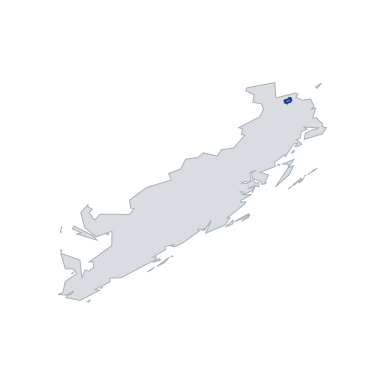 Russia, with Orel highlighted, rotated 145°
{"feature_id": "RUS-2366", "entity_name": "Orel", "entity_type": "Region", "adm_level": 1, "iso_a3": "RUS", "parent_name": "Russia", "parent_adm1": "", "projection": "natural_earth1", "projection_center": [36.297, 52.785], "detail": "fine", "context": "in_parent", "style": "filled", "palette": "blue", "viewbox_px": 384, "rotation_deg": 145, "n_neighbors": 0, "source": "natural_earth", "source_scale": "10m", "svg_char_len": 5247}
<svg xmlns="http://www.w3.org/2000/svg" viewBox="0 0 384 384"><g transform="rotate(145 192 192)"><path d="M294.8,239.0L284.5,241.4L285.8,239.4L283.5,235.0L288.2,234.2L288.0,224.9L280.1,226.5L256.0,209.5L249.1,211.7L251.4,214.0L247.8,221.2L226.7,221.8L202.0,213.6L200.5,220.5L188.2,217.3L178.2,222.5L167.6,216.9L160.1,217.5L150.8,206.9L143.7,209.8L132.8,204.2L116.2,208.2L118.5,211.1L114.3,214.2L116.7,217.8L93.4,214.8L86.0,218.7L84.5,224.4L90.8,230.7L85.2,235.9L89.9,244.0L87.5,245.9L61.4,234.2L69.3,221.0L50.3,213.7L49.3,211.0L52.5,209.9L48.7,203.7L41.6,200.1L42.9,191.9L47.5,191.5L42.5,189.9L50.6,183.4L47.5,181.2L46.0,172.8L47.9,170.8L44.9,167.6L52.1,164.9L70.0,170.7L65.4,175.0L56.9,173.7L53.8,172.3L51.7,172.1L63.0,181.0L61.8,177.4L67.7,178.9L72.6,173.8L76.5,175.1L74.6,168.2L79.7,168.7L81.4,170.3L77.9,171.5L81.2,173.1L95.3,167.4L94.5,169.3L107.3,169.0L109.0,165.2L124.9,169.0L119.6,162.1L127.9,157.5L130.6,158.1L129.6,161.1L134.9,168.7L132.0,173.4L126.8,173.1L133.3,174.5L137.7,167.7L140.3,167.4L142.6,170.5L146.2,171.0L142.7,167.6L134.8,166.9L135.0,163.3L131.9,161.2L134.2,157.8L137.2,161.6L142.5,162.5L143.8,162.4L137.3,160.0L141.7,158.8L151.1,160.5L150.3,163.3L152.5,164.6L152.0,160.6L144.7,155.9L156.7,157.0L157.7,155.3L153.6,153.3L155.3,152.1L177.9,150.6L175.7,149.0L183.6,146.1L204.3,150.3L192.4,157.9L200.4,154.8L205.8,155.1L207.6,157.7L208.2,158.2L208.9,158.2L208.3,155.9L227.9,155.5L237.7,157.0L239.8,159.6L236.2,158.8L245.5,162.9L246.6,160.0L261.6,161.1L258.3,159.0L260.4,157.6L299.1,162.4L308.8,168.6L310.7,165.5L327.4,167.8L324.1,164.5L345.7,167.4L355.7,177.6L353.8,178.9L349.2,177.6L345.4,178.6L353.8,179.5L360.5,185.0L355.1,183.8L347.3,191.4L333.1,191.3L333.2,196.7L339.8,201.9L334.6,217.0L322.8,200.6L331.4,184.5L324.2,189.6L321.9,186.2L315.6,186.7L313.2,191.8L316.3,193.6L288.4,194.1L280.1,205.8L296.2,210.2L300.3,224.4L294.8,239.0ZM120.6,148.4L99.3,156.6L93.7,155.4L102.5,150.4L120.6,148.4ZM297.5,207.1L310.6,223.8L306.1,222.1L311.2,230.5L308.2,231.8L298.3,213.2L297.5,207.1ZM89.9,160.3L99.0,156.8L97.3,159.9L102.2,163.0L89.9,160.3ZM248.3,151.7L255.1,149.8L263.6,151.2L248.3,151.7ZM164.1,140.9L174.5,143.3L161.5,142.2L164.1,140.9ZM160.0,138.9L168.3,139.6L157.7,140.3L160.0,138.9ZM176.9,142.5L184.7,144.1L174.6,145.4L176.9,142.5ZM265.8,152.0L269.5,151.5L274.6,152.1L265.8,152.0ZM23.5,206.9L30.2,205.2L30.5,207.2L23.5,206.9ZM83.0,140.0L87.5,139.6L78.8,140.4L83.0,140.0ZM259.0,155.2L264.8,156.7L257.2,156.3L259.0,155.2ZM88.3,166.9L85.7,168.0L84.4,167.3L85.6,166.1L88.3,166.9ZM91.6,139.4L95.7,139.0L98.0,139.4L91.6,139.4ZM105.8,139.3L104.1,140.2L100.9,139.9L101.5,139.3L105.8,139.3ZM110.0,139.5L106.4,139.4L111.4,139.1L110.0,139.5ZM105.1,163.6L106.8,165.6L104.1,164.1L105.1,163.6ZM162.3,141.3L159.6,141.8L157.3,141.1L162.3,141.3ZM93.8,138.4L99.2,138.1L97.4,138.7L93.8,138.4ZM340.5,162.3L337.6,162.0L339.0,160.9L340.5,162.3ZM78.9,139.5L82.3,139.7L75.7,139.8L78.9,139.5ZM128.0,156.9L124.8,157.1L127.9,156.8L128.0,156.9ZM203.1,153.5L205.1,154.6L202.3,154.0L203.1,153.5ZM322.6,165.2L321.0,165.7L319.5,165.2L322.6,165.2ZM99.5,140.4L96.9,140.1L101.0,140.4L99.5,140.4ZM98.4,138.7L100.1,139.3L97.0,139.0L98.4,138.7ZM322.6,233.4L322.6,234.6L321.5,236.3L322.6,233.4ZM95.3,140.4L97.1,140.9L94.9,140.9L95.3,140.4ZM141.4,158.6L139.2,159.1L138.6,159.0L141.4,158.6ZM337.3,194.4L335.2,194.1L336.5,193.5L337.3,194.4ZM257.9,154.2L257.6,155.1L256.5,154.4L257.9,154.2ZM284.8,204.8L285.9,206.3L284.6,205.9L284.8,204.8ZM333.4,217.5L333.0,219.7L332.2,219.0L333.4,217.5ZM91.5,140.5L89.4,140.7L88.6,140.5L91.5,140.5ZM142.4,157.1L142.1,157.9L141.6,157.7L142.4,157.1ZM246.3,151.0L245.4,151.5L245.0,150.4L246.3,151.0ZM318.8,237.9L320.7,236.2L319.0,238.3L318.8,237.9Z" fill="#d9dde1" stroke="#a8b0b8" stroke-width="1"/><path d="M64.1,211.1L64.0,211.3L64.0,211.5L63.9,211.5L64.0,211.6L64.1,211.8L63.9,211.9L63.9,212.0L64.0,212.0L63.9,212.1L63.9,212.3L64.0,212.3L63.9,212.4L63.9,212.5L64.0,212.5L64.2,212.8L64.3,212.8L64.5,212.9L64.5,213.0L64.4,213.1L64.5,213.2L64.4,213.3L64.2,213.3L63.9,213.5L63.9,213.8L63.8,214.0L63.7,214.0L63.5,213.9L63.3,213.9L63.2,214.0L62.9,214.1L62.6,213.9L62.6,213.7L62.5,213.8L62.3,213.7L62.2,213.7L61.8,213.6L61.7,213.5L61.4,213.5L61.3,213.4L61.2,213.4L61.0,213.2L60.9,213.0L60.7,212.9L60.2,213.0L59.9,213.1L59.7,213.2L59.4,213.1L59.1,213.3L59.1,213.2L59.0,212.9L59.0,212.7L58.9,212.7L58.8,212.8L58.7,212.8L58.3,212.9L58.2,212.8L57.9,213.0L57.7,213.0L57.4,212.9L57.3,212.7L57.5,212.5L57.7,212.4L57.7,212.2L57.8,212.1L57.8,211.9L57.7,211.9L57.6,211.7L57.4,211.7L57.2,211.5L57.3,211.4L57.5,211.3L57.6,211.2L57.8,211.2L58.0,211.2L58.3,211.0L58.3,210.9L58.1,210.7L58.1,210.8L57.9,210.7L58.0,210.5L57.9,210.4L57.9,210.2L58.1,210.2L58.1,210.3L58.2,210.2L58.3,210.2L58.4,210.3L58.5,210.3L58.5,210.2L58.6,209.9L58.8,209.8L58.9,209.7L59.0,209.6L59.3,209.6L59.5,209.5L59.5,209.4L59.7,209.2L59.8,209.2L59.9,209.3L60.0,209.3L60.1,209.5L60.4,209.4L60.4,209.5L60.5,209.5L60.8,209.8L61.0,209.9L61.1,210.0L61.2,209.9L61.3,209.9L61.4,210.0L61.5,210.1L62.0,210.3L62.1,210.2L62.2,210.3L62.4,210.3L62.5,210.3L62.8,210.3L62.9,210.2L63.0,210.2L63.2,210.3L63.3,210.3L63.4,210.2L63.4,210.3L63.4,210.5L63.5,210.7L63.5,210.8L63.7,210.7L63.8,210.7L63.8,210.8L64.0,210.9L64.0,211.0L64.1,211.1Z" fill="#3b82f6" stroke="#1e3a8a" stroke-width="1.5"/></g></svg>